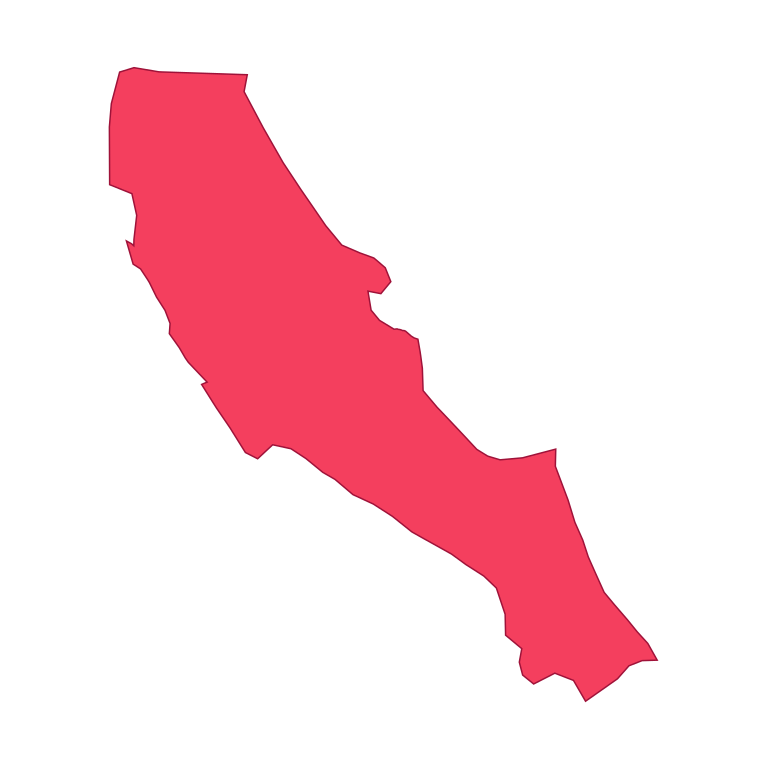 outline of Yenegoa, Bayelsa, Nigeria, rotated 97°
{"feature_id": "59680162B64829234996535", "entity_name": "Yenegoa", "entity_type": "district", "adm_level": 2, "iso_a3": "NGA", "parent_name": "Nigeria", "parent_adm1": "Bayelsa", "projection": "mercator", "projection_center": [6.364, 5.065], "detail": "fine", "context": "isolated", "style": "filled", "palette": "rose", "viewbox_px": 768, "rotation_deg": 97, "n_neighbors": 0, "source": "geoboundaries", "source_scale": "gbopen_adm2", "svg_char_len": 1665}
<svg xmlns="http://www.w3.org/2000/svg" viewBox="0 0 768 768"><g transform="rotate(97 384 384)"><path d="M219.6,680.6L225.8,657.4L246.8,650.0L270.9,649.8L277.3,649.2L275.6,651.6L273.4,657.1L295.6,647.6L299.4,639.7L309.0,631.5L311.9,629.2L325.4,620.4L337.6,610.3L350.0,603.7L360.2,603.2L372.9,591.6L382.5,584.3L386.4,580.8L403.7,559.8L406.6,565.0L423.2,551.5L428.3,547.3L446.3,531.5L468.9,513.2L473.6,500.3L457.9,487.1L459.6,468.4L467.5,452.4L479.2,433.9L484.6,421.1L497.6,401.3L503.6,382.6L504.4,380.1L514.3,359.6L527.3,338.5L528.0,336.9L531.2,329.1L532.6,325.7L544.6,296.2L553.2,280.8L562.4,261.6L572.8,247.6L597.8,235.7L618.5,232.7L629.9,215.0L643.6,215.8L656.0,210.9L663.5,198.9L650.2,179.2L655.1,159.8L674.3,145.3L648.2,116.4L647.8,116.1L633.8,106.5L627.1,94.1L624.8,79.2L609.4,90.5L599.0,102.6L588.6,113.4L577.6,125.5L574.9,128.5L564.0,140.1L545.4,151.4L530.7,160.2L514.7,167.7L498.0,177.7L476.9,187.1L444.8,203.9L427.7,205.6L440.4,237.5L445.1,259.5L443.4,269.7L442.9,272.4L437.6,283.9L437.2,284.4L422.1,302.4L411.0,315.8L407.3,320.3L400.6,328.5L386.1,344.1L385.8,344.4L364.0,347.8L363.5,347.9L351.6,351.0L347.6,352.1L335.4,355.8L335.0,357.8L334.6,359.7L333.2,362.7L328.9,369.1L328.5,370.7L328.7,372.0L328.3,373.3L328.1,374.2L328.0,375.1L328.0,376.8L327.7,377.7L328.4,380.7L321.4,396.2L312.3,405.8L296.0,410.6L293.8,411.2L294.7,398.1L281.6,389.7L268.5,396.9L262.6,405.7L260.2,409.4L256.8,424.1L251.3,442.8L233.9,461.2L216.1,476.9L201.0,490.3L176.5,511.2L144.3,535.2L110.9,558.5L93.7,557.4L95.2,574.1L101.4,642.9L101.6,645.5L100.5,670.7L105.5,681.9L106.6,684.4L138.9,688.8L162.4,687.9L219.6,680.6Z" fill="#f43f5e" stroke="#9f1239" stroke-width="1.5"/></g></svg>